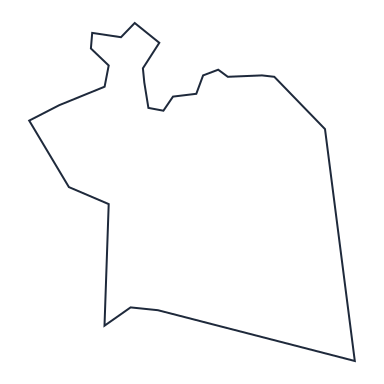 SVG path tracing the border of Taguig
{"feature_id": "PHL-5558", "entity_name": "Taguig", "entity_type": "Highly Urbanized City", "adm_level": 1, "iso_a3": "PHL", "parent_name": "Philippines", "parent_adm1": "", "projection": "albers", "projection_center": [121.075, 14.506], "detail": "fine", "context": "isolated", "style": "outline", "palette": "slate", "viewbox_px": 384, "rotation_deg": 0, "n_neighbors": 0, "source": "natural_earth", "source_scale": "10m", "svg_char_len": 442}
<svg xmlns="http://www.w3.org/2000/svg" viewBox="0 0 384 384"><path d="M325.0,129.1L354.8,361.0L157.9,310.2L130.6,307.4L104.5,325.7L108.7,204.1L68.9,187.1L29.2,120.6L59.4,105.1L104.6,86.7L108.7,65.5L90.9,48.5L92.2,32.9L121.0,37.2L134.7,23.0L159.3,42.8L142.9,68.3L144.3,82.5L148.4,107.9L163.4,110.7L173.0,96.6L196.3,93.8L203.1,75.4L218.2,69.7L227.8,76.8L262.0,75.4L274.3,76.8L325.0,129.1Z" fill="none" stroke="#1e293b" stroke-width="2"/></svg>